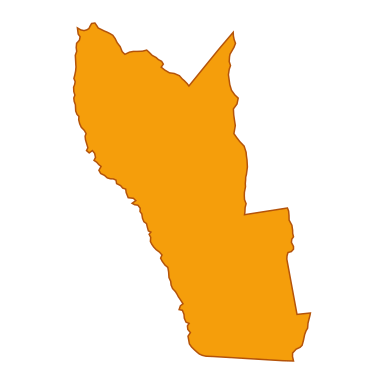 Indiavaí, Mato Grosso, Brazil (Mercator projection)
{"feature_id": "56859067B3233688790189", "entity_name": "Indiavaí", "entity_type": "district", "adm_level": 2, "iso_a3": "BRA", "parent_name": "Brazil", "parent_adm1": "Mato Grosso", "projection": "mercator", "projection_center": [-58.619, -15.332], "detail": "fine", "context": "isolated", "style": "filled", "palette": "amber", "viewbox_px": 384, "rotation_deg": 0, "n_neighbors": 0, "source": "geoboundaries", "source_scale": "gbopen_adm2", "svg_char_len": 2725}
<svg xmlns="http://www.w3.org/2000/svg" viewBox="0 0 384 384"><path d="M77.4,27.9L78.2,34.1L80.1,36.7L79.4,40.2L76.6,43.3L76.2,47.6L76.7,51.4L75.3,55.3L75.6,60.2L75.8,64.2L76.0,67.0L75.6,71.1L74.8,75.0L73.9,78.4L75.2,81.7L74.6,84.7L73.6,87.2L73.8,91.6L74.9,95.1L73.8,98.0L74.2,101.4L75.4,104.7L75.7,111.0L77.0,114.4L78.9,116.4L78.7,119.7L79.7,123.8L81.3,127.3L84.4,130.5L86.1,133.6L85.1,136.2L85.5,139.8L86.8,144.2L87.9,147.8L86.5,150.6L89.2,152.9L92.4,150.6L94.6,153.3L95.5,157.4L94.0,160.4L96.7,162.2L98.9,164.7L101.1,166.4L98.9,170.3L100.7,173.5L104.5,175.4L107.3,177.9L110.4,178.8L113.3,178.9L116.0,180.1L116.6,183.6L120.6,185.6L122.7,188.1L125.7,189.1L126.2,192.6L128.2,197.7L133.4,198.3L135.8,200.6L132.1,203.3L134.6,204.7L137.9,205.2L140.2,208.2L140.0,211.5L141.8,213.9L142.5,218.3L143.9,221.7L146.5,223.6L147.4,227.4L148.4,230.9L150.9,232.1L149.1,234.3L150.7,237.3L150.4,241.5L151.9,244.4L153.6,246.9L156.1,249.6L159.6,252.2L162.0,255.0L160.6,258.2L162.3,261.4L165.0,265.1L167.8,267.4L168.6,271.9L169.0,277.6L170.7,281.4L171.1,285.0L172.6,288.6L175.5,291.7L177.1,294.3L178.4,296.8L180.4,299.7L183.0,303.8L180.4,305.8L179.1,309.6L182.4,310.3L184.0,314.4L184.3,318.2L186.0,322.1L189.1,323.4L187.4,325.9L187.8,329.4L190.4,332.6L188.0,336.2L188.7,340.0L189.4,343.9L191.5,346.9L194.3,349.7L197.1,352.2L199.3,354.0L202.2,355.3L205.9,356.2L213.1,356.5L282.9,360.7L293.5,361.0L292.5,356.5L292.6,353.0L296.1,349.2L300.1,347.3L302.1,345.3L303.4,340.6L304.7,334.4L306.1,330.7L307.6,328.2L308.0,323.1L309.9,315.6L310.4,313.0L297.0,314.4L286.8,259.1L287.0,255.9L288.0,252.5L291.3,251.6L293.5,249.2L293.5,246.5L291.4,242.4L291.8,239.2L293.5,236.8L292.7,233.5L292.6,230.1L291.9,225.3L289.1,220.1L289.0,215.4L288.6,211.0L287.4,208.0L244.5,214.7L244.9,212.0L245.1,207.6L246.1,203.7L244.5,199.6L244.3,195.8L244.4,192.3L245.5,186.7L245.3,183.5L245.6,180.1L245.7,177.1L246.4,174.5L246.9,170.7L247.4,167.0L247.0,160.0L246.4,155.7L246.1,152.3L244.1,146.1L239.7,141.5L236.4,137.2L233.9,133.6L235.3,125.6L234.5,120.4L233.7,114.8L233.4,108.9L237.0,104.0L238.2,98.1L234.8,94.9L231.5,90.3L229.8,84.7L228.4,74.7L229.2,69.3L230.5,65.6L229.2,61.6L229.5,56.8L230.0,54.2L232.2,50.4L234.0,47.3L235.5,43.3L234.1,39.5L233.4,35.9L233.2,32.3L220.5,47.2L217.1,51.3L188.9,86.0L187.3,83.8L184.2,80.6L182.2,78.9L179.4,75.7L174.3,73.5L169.4,72.8L164.7,70.0L161.2,67.2L163.3,64.1L161.6,61.3L158.4,59.6L156.1,57.5L152.2,55.4L148.7,51.9L146.7,50.1L142.4,51.2L137.3,51.4L133.4,51.4L129.6,52.1L124.9,54.3L122.2,51.7L120.2,46.7L117.1,42.6L115.1,38.5L112.8,35.3L110.0,33.6L107.0,32.1L104.3,31.0L101.5,29.6L98.2,28.0L96.8,25.7L94.9,23.0L91.6,23.5L90.1,26.1L88.9,28.6L86.7,29.9L84.0,30.6L80.8,29.9L77.4,27.9Z" fill="#f59e0b" stroke="#b45309" stroke-width="1.5"/></svg>